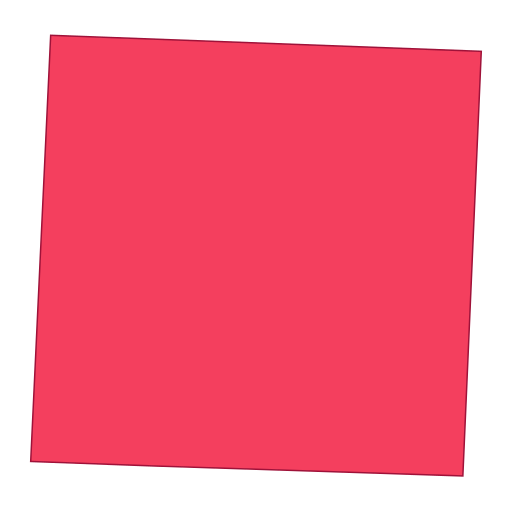 outline of Armstrong, Texas, United States of America, rotated 2°
{"feature_id": "52423323B62682340625208", "entity_name": "Armstrong", "entity_type": "district", "adm_level": 2, "iso_a3": "USA", "parent_name": "United States of America", "parent_adm1": "Texas", "projection": "mercator", "projection_center": [-101.331, 34.965], "detail": "fine", "context": "isolated", "style": "filled", "palette": "rose", "viewbox_px": 512, "rotation_deg": 2, "n_neighbors": 0, "source": "geoboundaries", "source_scale": "gbopen_adm2", "svg_char_len": 236}
<svg xmlns="http://www.w3.org/2000/svg" viewBox="0 0 512 512"><g transform="rotate(2 256 256)"><path d="M474.0,43.6L43.1,42.6L38.0,469.2L164.6,469.4L470.4,468.6L474.0,43.6Z" fill="#f43f5e" stroke="#9f1239" stroke-width="1.5"/></g></svg>